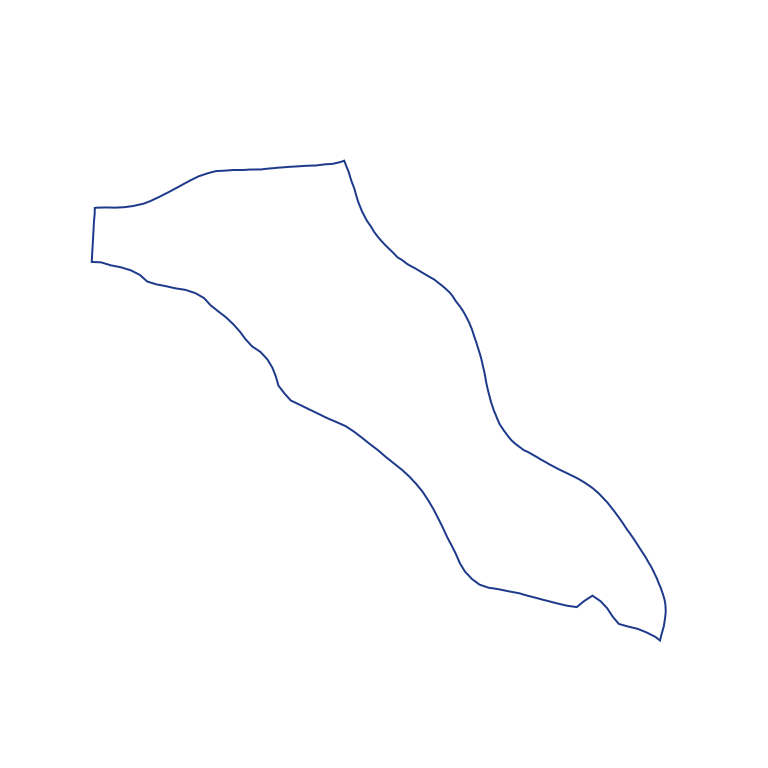 outline of Rakhyah, Hadramawt, Yemen, rotated 278°
{"feature_id": "15242507B88244220380617", "entity_name": "Rakhyah", "entity_type": "district", "adm_level": 2, "iso_a3": "YEM", "parent_name": "Yemen", "parent_adm1": "Hadramawt", "projection": "albers", "projection_center": [47.778, 15.473], "detail": "fine", "context": "isolated", "style": "outline", "palette": "blue", "viewbox_px": 768, "rotation_deg": 278, "n_neighbors": 0, "source": "geoboundaries", "source_scale": "gbopen_adm2", "svg_char_len": 4208}
<svg xmlns="http://www.w3.org/2000/svg" viewBox="0 0 768 768"><g transform="rotate(278 384 384)"><path d="M464.2,77.6L465.1,86.9L464.3,91.8L464.0,93.9L463.5,96.6L463.0,106.9L461.6,115.9L461.5,116.9L458.1,127.0L452.5,135.3L451.0,144.9L450.5,154.7L449.8,162.9L449.7,164.3L449.6,174.1L447.7,184.6L447.0,186.4L444.0,193.9L437.9,201.2L433.0,209.5L428.1,218.2L426.0,221.1L422.3,226.3L416.0,233.8L409.0,240.7L407.5,242.6L402.9,248.1L398.5,257.3L397.6,258.4L392.1,265.1L384.6,271.2L378.8,274.5L376.3,275.9L375.2,276.4L367.7,279.7L360.9,286.6L354.7,294.0L353.2,298.8L351.7,303.5L348.5,313.3L345.4,323.0L343.3,329.4L342.3,332.5L339.7,342.1L338.0,348.1L336.9,351.9L332.6,361.0L327.7,369.7L322.7,378.1L321.6,380.1L317.7,387.1L316.4,389.2L312.1,395.8L306.9,404.6L301.3,414.1L297.2,420.0L295.7,422.2L291.6,427.2L289.6,429.7L282.8,437.1L274.7,444.2L266.7,450.6L258.6,456.3L250.0,462.2L246.6,464.4L241.4,467.7L237.5,470.5L233.7,473.3L226.6,478.2L225.3,479.1L224.8,479.4L217.2,484.0L211.3,488.8L209.3,490.5L205.7,495.1L203.2,498.1L198.6,506.6L196.8,516.0L196.8,520.3L196.8,520.7L196.7,526.4L196.0,537.1L195.6,547.0L194.8,552.3L194.2,556.7L193.1,566.6L192.5,571.1L191.9,576.8L190.8,586.3L189.9,596.1L189.9,596.9L189.9,605.9L197.0,612.5L203.4,619.9L199.1,628.6L193.1,636.1L186.2,642.2L185.6,642.7L179.1,649.9L177.8,659.3L177.5,662.7L176.9,668.9L176.4,671.1L175.7,673.8L174.5,678.7L172.9,683.3L171.4,687.8L169.3,691.5L168.4,693.0L170.2,693.2L174.4,693.6L178.6,694.2L182.8,694.8L185.5,694.8L187.1,694.9L189.7,694.9L193.8,694.9L198.1,694.6L199.1,694.5L200.8,694.1L204.5,693.4L205.5,693.1L209.0,692.0L210.0,691.6L213.3,690.1L217.2,688.2L218.3,687.6L220.9,686.3L223.3,684.8L225.4,683.5L229.4,681.3L233.1,678.8L236.2,676.8L240.5,673.8L241.5,673.0L244.2,670.7L249.0,667.1L250.1,666.1L251.8,664.6L257.2,659.9L262.1,655.7L262.6,655.3L266.9,651.5L268.4,650.0L270.1,648.5L272.5,646.1L273.8,644.8L278.3,640.9L282.0,637.5L283.4,636.2L285.5,634.2L286.6,633.1L287.6,632.1L290.3,629.5L291.8,627.9L294.6,625.0L298.0,621.4L300.8,617.8L305.0,612.6L305.7,611.6L309.7,605.5L310.6,603.8L311.7,601.6L312.3,600.4L314.1,596.8L315.8,592.8L317.3,589.2L318.7,585.2L319.5,582.5L319.9,581.3L321.4,576.8L322.1,574.5L322.8,572.3L324.3,567.8L325.5,564.4L325.8,563.6L326.4,562.0L327.2,559.6L327.5,558.9L328.7,556.0L331.0,550.1L331.3,549.2L331.5,548.8L332.8,545.9L333.4,544.3L335.1,540.0L336.6,536.3L338.0,531.5L339.6,528.7L340.6,526.8L343.5,521.7L344.3,520.5L345.8,518.3L346.3,517.7L349.5,514.2L352.7,511.1L354.6,509.1L356.2,507.8L357.5,506.6L360.3,504.1L363.5,502.1L364.6,501.4L365.6,500.8L369.1,498.9L373.1,496.4L377.1,494.5L381.0,492.5L385.6,490.6L390.1,488.7L394.9,486.8L400.0,484.9L401.8,484.3L404.5,483.5L406.5,482.8L409.3,481.9L414.1,480.0L418.6,478.3L419.4,478.0L422.8,476.7L427.1,474.8L428.7,474.0L431.3,472.8L435.9,470.6L438.5,469.4L439.8,468.7L443.5,466.8L450.3,463.5L454.5,461.0L456.5,459.9L462.5,455.7L466.5,452.7L467.6,451.8L471.6,448.2L476.0,443.6L480.7,439.6L483.6,436.5L487.3,431.2L488.1,430.0L489.3,428.1L492.5,422.5L494.5,419.1L495.1,417.5L495.9,415.5L497.4,411.8L497.7,411.1L499.1,407.6L500.2,405.0L500.9,403.4L502.6,399.5L504.1,395.3L505.4,392.0L506.4,389.6L507.3,388.1L509.3,384.6L511.3,379.8L512.8,377.9L515.1,375.1L517.9,371.1L518.9,369.8L521.6,366.1L524.1,363.0L525.4,361.4L529.1,357.2L532.1,354.2L533.6,352.7L535.6,351.2L538.2,349.1L541.6,345.9L543.0,344.6L545.8,342.5L547.9,341.0L550.2,339.4L551.8,338.2L556.1,335.8L557.1,335.2L560.9,333.0L566.8,330.3L573.0,327.6L576.7,325.6L580.1,323.7L584.7,321.5L586.5,320.7L589.2,319.5L593.7,316.8L597.7,314.6L599.6,313.5L597.8,310.2L594.9,302.6L593.9,297.9L593.3,294.9L592.4,291.7L590.9,286.1L589.3,276.8L589.0,275.3L587.9,270.2L587.5,268.3L586.5,263.1L585.4,257.8L584.6,254.4L583.6,249.6L582.1,243.4L581.7,241.4L580.0,234.7L579.3,232.3L577.8,221.8L576.4,215.1L576.2,213.9L574.9,204.8L573.1,196.6L572.8,195.1L571.5,188.1L568.2,180.2L563.9,171.6L559.5,165.1L557.6,162.5L554.5,158.2L550.6,153.0L549.0,150.8L545.0,145.4L543.8,143.7L541.8,140.8L538.6,136.3L532.9,127.6L532.8,127.4L532.5,127.0L529.0,120.6L527.1,115.4L525.4,111.0L523.0,102.5L521.2,93.1L520.9,90.4L520.2,84.6L518.7,75.3L518.1,73.1L514.7,73.5L512.5,73.8L504.4,74.2L464.2,77.6Z" fill="none" stroke="#1e3a8a" stroke-width="2"/></g></svg>